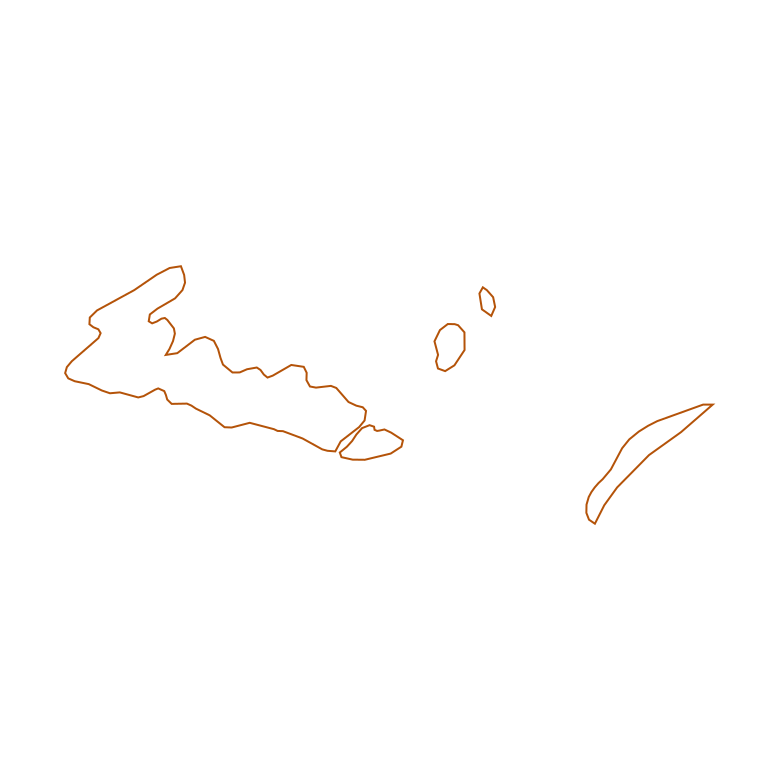 outline of Tawi-Tawi, rotated 229°
{"feature_id": "PHL-2511", "entity_name": "Tawi-Tawi", "entity_type": "Province", "adm_level": 1, "iso_a3": "PHL", "parent_name": "Philippines", "parent_adm1": "", "projection": "robinson", "projection_center": [119.911, 5.003], "detail": "fine", "context": "isolated", "style": "outline", "palette": "amber", "viewbox_px": 768, "rotation_deg": 229, "n_neighbors": 0, "source": "natural_earth", "source_scale": "10m", "svg_char_len": 1994}
<svg xmlns="http://www.w3.org/2000/svg" viewBox="0 0 768 768"><g transform="rotate(229 384 384)"><path d="M627.2,205.6L627.8,215.7L618.7,257.2L615.6,284.1L612.2,298.3L606.1,308.0L597.4,304.7L591.0,300.3L587.1,293.5L585.7,282.5L589.5,262.5L590.1,252.9L585.7,247.6L581.9,248.8L580.2,253.5L579.3,258.9L577.6,261.9L574.5,262.5L563.8,261.9L559.2,259.2L554.8,252.9L551.2,245.1L549.1,238.4L542.9,248.2L541.5,270.3L536.9,279.9L528.2,283.9L519.3,281.7L510.9,277.7L504.3,275.2L492.1,277.2L487.4,282.7L485.0,290.3L479.9,298.8L475.6,300.0L470.0,299.5L465.3,300.3L463.3,305.5L459.2,326.5L449.6,334.7L443.2,333.0L437.8,328.0L430.7,326.5L425.9,330.3L417.4,342.7L412.3,345.4L393.7,345.4L385.8,348.9L380.4,352.7L375.5,352.8L369.2,345.4L367.8,337.0L369.1,313.7L365.1,303.0L370.7,297.5L375.2,294.5L396.3,286.8L414.7,276.8L418.4,272.9L422.1,271.3L442.8,257.2L451.1,240.5L456.0,235.3L474.7,231.9L488.8,225.9L494.0,224.5L498.5,222.4L508.3,210.7L514.5,210.2L518.8,212.2L522.8,213.5L528.8,210.7L529.9,207.5L532.6,194.6L535.1,189.7L551.0,179.1L556.8,171.1L564.2,166.8L577.6,161.1L589.0,152.4L595.4,149.4L601.4,150.5L604.8,155.7L606.0,163.3L606.0,198.6L608.3,203.5L612.7,204.3L617.5,201.9L622.4,200.9L627.2,205.6ZM168.7,486.6L170.7,499.2L179.3,521.6L181.3,532.8L180.9,545.2L179.2,555.9L176.7,565.9L159.1,611.3L152.8,618.6L152.8,576.6L156.5,537.4L153.0,492.1L148.0,470.7L140.2,451.5L147.1,449.7L154.0,452.2L160.1,457.7L164.4,464.4L166.4,469.7L167.7,475.2L168.5,480.9L168.7,486.6ZM355.6,346.8L353.1,348.0L351.9,349.9L349.4,354.5L342.6,357.5L329.1,361.4L325.3,356.0L327.1,343.4L339.4,319.8L347.5,310.7L356.7,303.9L361.3,305.7L361.0,314.8L361.9,322.6L364.0,330.0L365.1,338.5L362.4,346.1L358.3,348.5L355.6,346.8ZM379.7,478.5L370.2,478.6L356.8,467.1L351.9,449.4L353.6,438.6L360.3,434.9L367.0,438.2L370.5,443.9L383.1,450.1L388.0,461.6L387.4,471.5L382.8,476.6L379.7,478.5ZM376.1,506.9L389.7,515.4L392.1,522.0L387.4,523.2L377.9,523.3L369.2,518.4L365.0,509.6L376.1,506.9Z" fill="none" stroke="#b45309" stroke-width="2"/></g></svg>